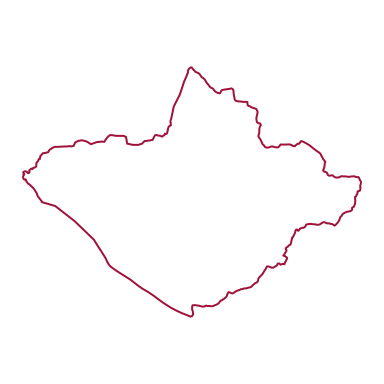 Sopbao, Houaphan, Laos
{"feature_id": "54806243B20736296010663", "entity_name": "Sopbao", "entity_type": "district", "adm_level": 2, "iso_a3": "LAO", "parent_name": "Laos", "parent_adm1": "Houaphan", "projection": "mercator", "projection_center": [104.423, 20.651], "detail": "fine", "context": "isolated", "style": "outline", "palette": "rose", "viewbox_px": 384, "rotation_deg": 0, "n_neighbors": 0, "source": "geoboundaries", "source_scale": "gbopen_adm2", "svg_char_len": 5984}
<svg xmlns="http://www.w3.org/2000/svg" viewBox="0 0 384 384"><path d="M190.6,316.6L192.2,315.9L193.2,314.2L192.8,311.5L192.1,309.3L192.2,306.3L192.7,305.3L194.1,305.2L195.6,305.2L198.9,305.7L202.8,306.7L205.0,306.2L206.4,305.6L207.3,306.0L209.8,306.0L210.8,306.2L211.8,306.2L213.1,306.1L214.2,305.5L216.9,304.5L218.1,303.6L218.7,303.3L220.2,301.1L220.7,300.7L221.6,300.4L224.4,298.5L225.3,297.8L226.3,296.9L226.8,295.9L227.7,293.4L228.5,292.2L228.9,292.2L229.7,292.4L231.3,293.2L232.2,293.3L232.8,293.3L233.5,293.0L234.4,292.3L236.6,290.9L239.5,290.0L240.4,289.4L240.9,289.2L241.8,289.2L242.8,289.0L243.4,288.6L244.6,288.4L246.7,288.3L248.1,287.7L250.5,287.3L251.0,287.0L251.7,286.3L252.8,285.2L255.4,283.0L257.0,282.3L257.6,281.6L258.1,280.5L258.2,279.4L258.7,278.0L259.6,277.0L261.0,275.6L262.6,273.9L264.6,270.5L265.6,269.2L266.8,266.7L267.2,266.4L268.1,266.4L269.0,266.6L271.9,267.7L273.1,267.7L274.9,266.6L276.5,265.8L277.3,264.8L277.5,264.0L277.8,263.6L278.5,263.5L279.3,263.5L280.4,264.6L280.9,264.6L282.2,264.0L283.5,264.0L283.9,264.2L284.3,264.2L284.6,263.9L284.7,263.1L285.8,261.3L286.3,259.9L287.1,258.5L287.1,258.2L286.9,257.7L285.8,256.6L284.7,256.0L283.8,255.8L283.4,255.6L283.4,255.4L284.2,254.6L284.9,253.3L286.4,251.0L286.4,249.9L285.7,248.9L285.8,248.3L286.4,247.5L287.7,246.8L288.8,245.5L290.0,244.8L290.6,244.3L291.3,241.6L291.5,240.5L292.0,238.7L292.1,237.9L292.3,237.5L292.8,237.2L293.3,236.4L294.1,234.7L295.0,232.9L295.3,231.8L295.6,230.2L296.0,229.9L296.7,229.6L297.3,229.7L298.0,230.7L298.5,230.6L299.1,230.1L300.0,228.7L301.2,228.1L302.3,227.8L303.5,227.8L304.4,227.3L305.4,226.3L306.0,225.0L306.8,224.4L308.3,224.1L310.0,223.9L311.8,224.0L313.9,224.3L315.3,224.3L316.4,224.7L317.8,224.8L319.4,224.5L320.2,224.2L322.3,222.7L323.3,222.3L324.0,222.2L324.8,222.3L326.7,223.3L329.0,223.4L330.3,223.8L331.5,223.9L332.6,224.3L333.8,225.2L334.5,225.5L335.0,225.4L337.3,223.1L338.7,221.2L339.5,219.6L339.9,218.2L340.5,216.8L341.6,216.0L342.3,214.6L343.1,213.6L344.2,213.1L345.5,212.4L347.3,211.7L350.3,211.2L351.3,210.6L352.1,209.8L352.1,207.9L352.4,207.5L353.8,206.8L354.7,204.8L355.2,202.9L355.3,200.7L355.1,199.2L355.2,198.4L355.2,197.7L355.0,197.3L355.1,197.0L355.6,196.6L356.2,196.0L356.5,195.5L356.7,194.4L357.2,194.0L357.5,193.4L357.6,191.5L358.2,191.2L359.1,191.0L359.8,190.7L360.2,190.0L360.4,188.4L360.2,185.7L360.6,184.5L361.0,182.6L360.9,181.9L360.5,180.9L359.9,180.0L359.4,178.9L359.0,177.7L358.4,177.2L356.4,177.0L355.1,176.7L354.4,176.3L352.2,176.4L350.1,176.6L349.1,176.9L348.1,176.8L346.4,176.5L345.2,176.4L343.7,176.4L342.0,176.2L340.8,176.4L339.8,177.0L338.5,177.4L336.9,177.6L335.7,177.5L334.4,176.9L332.7,175.5L332.2,175.3L330.9,175.4L330.4,175.6L329.5,175.7L328.9,175.6L328.2,175.2L327.6,174.6L327.5,173.8L327.0,172.9L326.4,172.3L325.3,171.9L324.3,171.6L323.8,171.3L323.3,170.8L323.2,170.2L323.6,169.1L324.2,167.7L324.6,165.6L324.6,164.3L324.8,163.4L325.1,162.5L325.3,162.1L325.3,161.8L324.9,161.4L324.2,160.3L323.2,159.2L322.1,156.9L321.3,155.6L320.8,154.4L319.7,153.0L318.6,152.2L317.3,151.4L313.7,148.7L309.4,145.2L304.9,142.6L301.7,141.1L300.9,141.3L300.0,142.6L299.1,143.7L297.6,143.8L295.3,145.6L294.8,146.2L294.1,146.2L292.7,145.9L291.3,144.9L289.7,144.4L286.5,144.5L283.5,144.6L281.0,144.5L280.5,144.6L279.2,146.4L278.3,147.2L277.1,147.4L275.1,147.2L273.4,146.7L272.3,146.4L270.5,146.7L269.2,147.3L267.8,147.6L266.6,147.6L265.2,147.1L263.7,145.1L262.6,144.2L261.7,142.2L260.8,140.2L259.9,138.7L259.1,137.6L258.5,136.6L258.5,135.3L259.2,133.3L259.4,128.5L260.0,126.5L260.7,125.3L260.7,124.5L260.1,123.5L258.6,123.3L257.2,122.4L256.7,121.2L256.4,119.1L256.4,117.7L257.5,113.1L257.5,111.4L256.2,109.0L255.0,108.5L252.4,107.7L249.5,106.1L248.6,106.0L247.9,105.4L247.4,103.9L247.4,102.1L246.8,101.9L243.1,101.9L240.9,101.5L237.6,101.3L236.0,100.8L235.0,100.1L234.7,99.3L233.6,93.2L233.5,91.3L233.4,90.2L232.8,89.2L231.6,88.4L229.3,88.9L223.7,89.7L222.0,90.1L221.2,91.0L220.4,92.6L220.0,93.2L219.1,93.2L217.9,93.0L215.8,91.9L214.2,90.4L212.9,88.6L211.4,87.9L210.1,87.1L208.7,85.2L207.6,83.9L206.3,82.2L205.1,80.1L204.2,79.0L203.3,78.2L201.7,77.2L200.8,75.8L199.4,73.9L198.4,73.1L195.5,71.9L194.7,70.9L192.9,69.1L192.3,68.2L191.8,67.5L191.1,67.4L190.2,67.8L189.5,68.3L188.4,69.6L188.1,70.6L187.8,73.1L187.5,73.4L186.7,75.7L184.1,81.6L179.9,94.4L173.7,106.7L171.3,118.4L170.4,121.3L170.9,125.1L168.9,126.5L168.5,127.2L168.0,128.8L167.7,130.6L167.2,132.5L166.9,133.3L166.6,133.8L166.0,134.0L165.3,134.2L165.0,133.9L164.3,135.1L163.2,135.7L162.1,136.6L159.8,135.7L158.4,135.6L156.6,135.0L155.2,135.2L154.1,136.8L152.7,139.8L150.0,140.4L144.5,141.2L141.8,143.8L138.1,144.9L133.0,144.9L127.1,143.6L126.1,137.1L123.8,135.9L116.8,135.9L114.5,135.6L111.8,135.1L110.1,135.1L107.9,136.7L106.0,139.2L104.3,141.8L101.5,141.6L96.7,142.1L91.0,144.2L86.8,141.6L84.7,140.9L82.0,140.3L78.2,140.9L75.2,142.5L73.6,145.9L71.1,146.4L69.4,146.1L68.1,146.4L64.1,146.5L58.8,146.8L54.6,146.9L52.1,148.1L49.5,149.9L48.1,152.2L45.8,152.8L42.8,153.3L40.3,156.2L39.8,158.8L39.4,158.7L39.0,158.9L38.7,159.3L38.4,160.2L38.3,160.6L37.6,161.6L36.6,162.8L36.3,163.4L36.4,164.6L36.3,166.0L36.2,166.3L36.0,166.7L35.0,167.4L33.3,167.9L33.1,168.1L32.7,168.9L32.5,169.0L31.9,168.7L31.3,168.7L30.9,168.9L30.5,169.3L29.5,170.1L29.3,170.4L29.2,170.7L29.3,171.2L29.5,171.7L29.4,172.4L29.0,172.8L28.6,173.1L27.9,173.0L27.5,172.8L26.9,171.9L26.6,171.6L26.0,171.4L25.4,171.3L24.6,171.4L23.7,171.7L23.3,172.2L23.3,172.9L24.2,174.0L24.2,174.3L24.1,174.7L23.9,175.0L23.4,175.1L23.4,175.7L23.0,177.1L23.4,178.6L24.0,179.3L24.3,179.6L24.7,179.7L25.2,179.4L25.5,179.4L25.8,179.7L26.0,180.0L26.2,181.1L27.9,183.4L29.8,184.7L33.7,188.5L36.8,193.4L37.8,196.3L41.8,201.4L41.8,202.1L55.2,206.0L74.6,221.1L93.9,239.7L98.6,247.3L100.9,250.7L105.6,258.2L107.3,262.0L109.3,265.2L111.4,267.2L114.1,269.2L118.0,271.8L130.2,279.5L138.2,285.7L142.8,288.9L148.1,292.0L153.9,295.9L161.9,301.9L166.3,304.8L171.1,307.8L176.8,310.8L181.8,313.1L190.6,316.6Z" fill="none" stroke="#9f1239" stroke-width="2"/></svg>